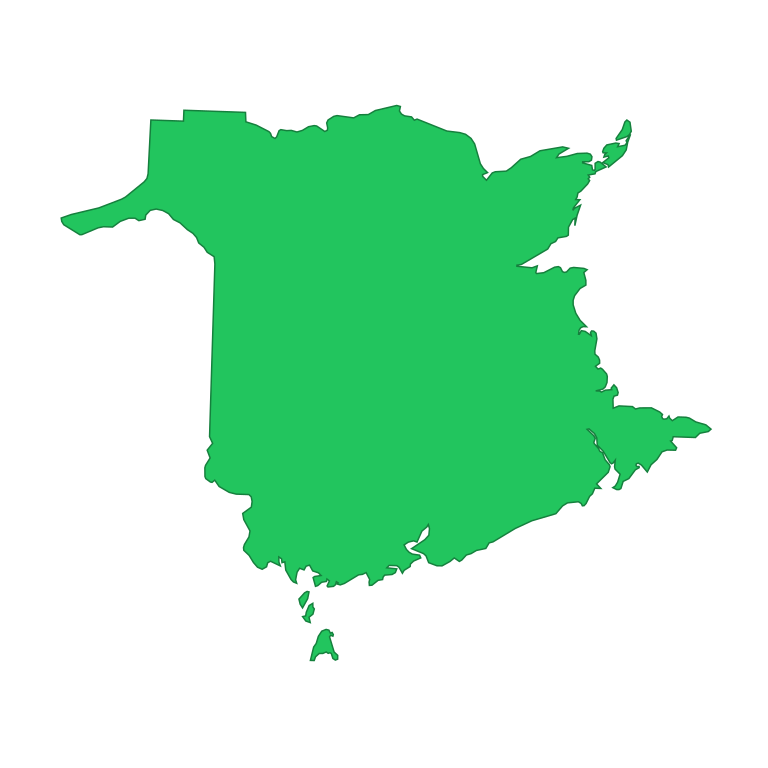 map outline of New Brunswick (Equal Earth projection), rotated 2°
{"feature_id": "CAN-684", "entity_name": "New Brunswick", "entity_type": "Province", "adm_level": 1, "iso_a3": "CAN", "parent_name": "Canada", "parent_adm1": "", "projection": "equal_earth", "projection_center": [-65.996, 46.339], "detail": "fine", "context": "isolated", "style": "filled", "palette": "green", "viewbox_px": 768, "rotation_deg": 2, "n_neighbors": 0, "source": "natural_earth", "source_scale": "10m", "svg_char_len": 6165}
<svg xmlns="http://www.w3.org/2000/svg" viewBox="0 0 768 768"><g transform="rotate(2 384 384)"><path d="M286.7,569.4L276.8,565.1L274.0,566.7L273.0,570.8L268.7,573.4L264.0,571.5L259.8,567.0L255.2,560.0L249.7,555.1L249.3,552.5L250.1,549.3L254.4,541.5L255.2,535.5L248.6,524.4L247.3,518.3L255.7,511.7L256.3,506.0L255.2,501.3L252.8,499.2L240.1,499.2L233.1,497.7L222.8,492.2L218.2,486.0L215.6,488.3L213.9,488.0L209.2,484.8L208.3,482.7L207.9,474.0L208.5,471.5L212.8,464.0L209.6,456.3L214.8,449.3L211.5,442.7L210.8,270.0L209.8,262.7L202.8,258.6L199.3,253.6L193.9,249.5L191.6,244.2L187.8,240.1L182.1,236.6L174.6,230.1L167.8,226.9L162.8,221.3L156.8,218.3L150.2,217.1L144.3,218.6L140.0,223.5L139.5,227.7L133.3,229.3L129.4,227.0L123.1,227.2L114.7,230.7L107.3,236.6L98.2,236.6L92.8,237.9L76.8,245.3L74.8,245.4L58.4,236.0L56.3,232.8L55.6,229.4L65.6,225.5L92.8,218.0L115.2,208.5L119.1,206.2L137.2,190.4L139.9,186.9L140.9,182.2L141.8,128.3L174.4,128.3L174.5,117.4L236.1,117.4L236.8,126.8L247.2,129.7L260.2,135.8L261.8,137.4L263.1,140.7L266.5,142.4L268.1,140.8L270.3,134.5L272.0,133.4L277.8,134.2L282.5,133.8L288.2,135.2L293.6,133.4L299.6,129.5L305.2,128.2L307.7,128.5L316.0,133.7L318.5,132.4L318.8,130.1L317.6,125.1L318.9,122.1L324.4,118.3L327.7,117.4L344.4,119.1L350.1,115.8L358.9,115.3L365.8,111.0L387.0,105.2L390.7,106.1L389.9,110.6L392.0,113.6L395.2,115.3L402.2,116.1L405.1,119.3L407.8,118.1L438.0,129.0L450.9,130.1L456.8,131.6L462.4,135.5L466.2,140.9L472.6,160.5L475.8,165.1L480.1,169.1L475.2,171.3L475.4,173.1L479.3,176.8L484.8,169.3L487.8,168.0L498.8,167.0L503.7,163.4L512.8,154.6L522.5,151.5L531.7,145.5L554.3,140.8L560.2,142.0L550.8,148.1L548.5,151.8L558.8,150.1L569.1,146.9L578.9,146.2L582.2,147.1L583.9,149.6L583.5,153.1L581.0,154.7L574.8,155.0L574.8,156.1L584.0,158.3L584.9,162.7L586.7,163.2L587.5,162.1L587.3,156.1L590.1,154.2L592.3,154.7L598.4,159.3L588.3,164.3L587.5,166.6L580.8,168.0L582.4,170.2L580.9,171.8L582.4,173.5L580.6,176.9L574.1,184.3L571.1,186.4L570.5,190.3L569.1,193.0L573.3,193.0L567.2,201.3L566.6,203.9L568.3,201.7L574.2,198.4L571.1,208.6L569.2,219.1L569.2,211.6L566.8,213.1L562.9,220.8L563.0,228.8L561.2,230.1L552.7,231.9L550.5,235.6L545.9,238.0L542.9,243.4L517.2,259.7L512.7,260.6L512.7,261.7L527.9,262.7L533.1,260.6L531.8,267.4L532.7,268.3L539.8,267.2L550.4,261.3L554.2,260.6L556.3,261.6L558.4,265.4L560.1,266.2L562.5,265.7L566.0,261.7L569.5,260.9L579.8,261.5L583.0,262.7L579.8,265.6L582.1,273.3L582.3,278.1L576.6,281.7L571.4,289.1L570.1,293.8L570.3,298.3L573.2,306.6L577.8,313.6L584.4,319.7L581.0,319.7L578.5,321.0L577.0,323.6L576.7,327.5L577.5,327.5L579.3,323.8L583.2,324.4L589.5,328.5L588.6,325.3L589.7,323.7L591.8,323.9L594.1,325.8L595.2,331.4L593.5,343.5L593.8,346.8L597.2,349.6L598.6,352.6L598.8,355.7L594.7,358.9L597.4,361.6L600.0,360.5L601.8,361.6L606.1,366.2L606.9,368.7L606.8,374.7L605.2,379.2L603.0,381.4L595.8,383.5L599.7,383.5L601.6,384.5L605.3,382.5L611.8,381.7L611.2,380.2L613.8,376.8L616.6,379.6L618.3,384.4L617.7,387.0L614.3,388.1L613.3,391.2L613.9,400.2L619.6,397.7L633.1,397.9L636.2,400.2L640.4,399.0L652.1,398.5L660.6,402.4L663.4,404.8L662.6,406.7L663.6,408.8L664.9,409.4L667.8,408.9L669.9,406.1L670.7,408.2L673.4,410.6L679.0,406.7L687.1,406.7L690.4,407.4L696.9,411.0L707.1,413.6L712.4,417.7L709.8,420.2L701.3,422.2L697.1,426.6L674.9,426.6L674.0,430.4L672.4,431.0L678.7,437.5L677.7,440.0L669.2,440.1L664.2,442.1L659.4,449.9L653.7,455.4L650.2,462.8L644.1,456.0L640.9,454.2L639.1,454.8L638.6,456.3L639.4,457.6L641.8,457.5L641.9,458.7L638.2,461.0L632.0,470.0L626.4,473.0L624.4,480.2L622.6,481.3L620.3,481.4L616.3,479.6L618.7,477.9L620.9,474.0L623.1,465.9L617.9,461.0L617.3,458.6L617.8,452.0L615.7,455.0L614.2,455.8L612.7,454.7L605.5,443.6L599.3,437.7L598.5,430.4L596.1,426.2L590.5,421.7L588.5,422.2L595.3,428.2L597.0,431.0L595.7,435.0L596.2,436.3L600.6,441.0L602.1,443.8L604.8,445.1L607.6,452.0L612.0,456.8L612.8,458.7L611.2,464.4L599.9,476.4L604.3,480.8L598.3,480.8L596.1,486.5L593.4,489.1L590.1,496.4L588.2,498.6L586.5,498.8L585.2,496.5L582.4,494.9L571.5,496.4L566.7,499.6L560.3,507.6L536.6,515.5L520.2,523.8L498.4,538.0L494.6,539.1L491.5,544.8L482.2,547.1L476.9,550.5L472.3,552.0L467.9,557.2L465.5,558.7L460.3,555.4L456.1,559.1L448.4,563.7L443.2,563.8L434.9,561.0L432.0,554.3L429.4,552.1L417.3,547.6L430.2,538.2L434.1,533.6L434.5,527.0L433.2,522.9L431.8,525.4L427.0,529.7L422.5,540.8L419.1,539.7L413.8,541.2L409.7,544.1L412.2,548.6L415.0,551.3L418.2,553.0L425.5,553.8L426.8,556.5L419.8,559.9L416.7,563.0L416.5,565.5L410.6,569.5L409.0,572.5L405.3,566.5L403.1,565.1L395.4,565.1L393.2,567.6L403.2,568.3L401.9,572.1L398.7,574.1L391.3,575.0L389.8,577.1L389.4,579.5L385.0,580.4L379.0,585.5L376.4,585.8L376.0,582.5L376.5,579.8L372.7,573.1L369.1,575.0L365.3,575.6L351.4,584.7L347.3,586.3L344.1,585.5L345.1,584.3L343.3,583.2L342.5,586.3L340.6,588.0L335.1,588.8L334.2,587.8L336.3,582.7L333.8,580.9L333.4,583.3L328.6,584.3L324.8,587.8L322.6,588.6L319.9,579.9L321.4,578.8L327.8,577.6L325.1,575.0L319.3,573.3L315.9,567.6L312.5,568.8L310.6,572.6L306.1,571.1L303.7,575.1L303.0,579.4L302.5,582.8L303.7,586.2L300.4,585.0L297.9,582.6L292.3,573.4L291.1,565.2L288.3,566.1L287.7,562.2L284.9,560.5L285.2,565.7L286.7,569.4ZM325.3,645.7L327.2,638.5L330.4,633.2L334.7,631.3L337.5,631.9L339.1,634.8L340.8,634.1L342.1,636.2L341.7,637.8L339.5,637.0L338.4,638.6L343.5,653.6L347.2,656.8L347.3,660.6L345.0,661.6L342.5,660.1L340.7,655.1L339.3,654.5L337.6,655.1L335.6,653.8L332.3,655.4L328.6,655.6L325.1,659.0L323.9,662.8L320.1,662.8L322.9,649.3L325.3,645.7ZM618.4,134.4L617.5,132.4L621.7,125.8L619.1,133.9L617.9,141.6L614.3,147.5L600.9,159.3L600.2,157.0L595.0,155.0L600.8,150.1L600.1,148.3L595.8,149.6L596.6,147.0L598.3,145.3L594.9,145.3L594.4,144.2L595.5,140.7L598.3,137.3L607.2,135.1L610.6,135.5L609.2,138.7L616.5,137.0L618.4,134.4ZM613.2,121.5L615.6,113.7L617.5,111.7L620.7,113.8L622.3,122.8L620.5,126.3L618.0,128.3L607.8,132.2L607.4,130.5L613.2,121.5ZM321.0,616.5L317.2,619.7L318.6,625.0L314.1,623.6L310.8,619.3L313.8,618.5L314.3,614.8L316.9,608.0L320.5,605.7L320.7,609.3L322.2,611.2L321.0,616.5ZM315.2,601.2L310.4,610.6L307.9,607.0L306.5,601.9L311.9,595.5L314.4,594.0L316.3,594.4L315.2,601.2Z" fill="#22c55e" stroke="#15803d" stroke-width="1.5"/></g></svg>